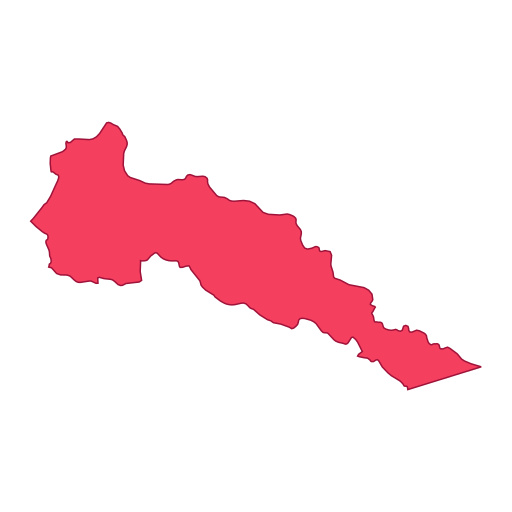 SVG path tracing the border of Putumayo
{"feature_id": "COL-1407", "entity_name": "Putumayo", "entity_type": "Intendancy", "adm_level": 1, "iso_a3": "COL", "parent_name": "Colombia", "parent_adm1": "", "projection": "orthographic", "projection_center": [-75.67, 0.437], "detail": "fine", "context": "isolated", "style": "filled", "palette": "rose", "viewbox_px": 512, "rotation_deg": 0, "n_neighbors": 0, "source": "natural_earth", "source_scale": "10m", "svg_char_len": 4563}
<svg xmlns="http://www.w3.org/2000/svg" viewBox="0 0 512 512"><path d="M172.4,260.9L169.1,260.7L166.2,260.0L163.5,258.9L161.0,257.2L157.3,253.3L156.0,252.7L154.5,253.1L152.1,255.0L151.4,255.4L150.6,256.1L147.3,260.0L146.1,260.5L144.6,260.8L141.7,260.9L140.5,260.7L140.6,261.6L140.2,271.5L141.6,280.4L139.2,282.0L126.0,283.5L122.5,285.3L120.6,285.5L118.1,284.6L114.5,281.3L112.4,279.8L110.5,279.3L104.0,278.6L99.3,277.3L97.7,277.9L98.0,283.2L96.0,283.3L91.2,281.1L89.5,281.0L80.3,282.4L78.2,282.3L76.3,281.6L74.1,279.9L71.1,277.0L69.8,276.0L67.6,275.2L65.9,275.0L60.6,274.9L56.6,273.5L51.5,267.8L48.7,267.1L49.0,266.2L49.3,264.2L49.8,263.8L50.6,263.2L51.0,262.2L51.2,261.4L50.9,258.7L49.7,256.0L49.4,251.9L48.9,249.9L46.2,243.7L45.9,242.2L46.0,240.9L46.5,240.1L47.0,239.8L47.5,239.4L47.9,238.5L48.0,236.3L47.6,235.0L46.8,234.1L44.6,233.2L42.2,231.6L36.0,226.5L30.7,221.2L33.5,218.2L41.7,207.9L44.1,204.6L46.7,202.8L50.6,196.3L56.9,182.4L57.5,181.3L58.7,177.7L58.7,176.6L58.3,175.3L57.7,174.9L56.0,174.3L53.3,172.1L52.4,171.8L51.9,171.9L51.3,171.8L51.0,171.0L50.2,163.6L50.4,157.9L50.8,156.0L52.8,155.3L62.4,151.7L63.8,150.7L65.7,149.0L66.2,147.7L66.3,146.2L65.9,143.4L66.2,141.9L66.6,141.4L67.1,141.4L67.4,141.8L67.9,142.7L70.3,142.5L74.4,139.0L78.8,139.0L89.3,139.6L92.9,138.9L96.5,136.8L99.6,133.5L106.6,122.9L108.7,122.4L110.9,123.1L113.1,124.5L117.6,126.4L119.9,129.2L122.3,133.2L122.6,134.6L124.9,136.8L126.6,140.6L127.1,142.4L127.2,144.1L126.6,146.5L124.4,151.0L123.7,153.4L123.2,165.1L124.5,170.7L127.7,175.7L130.3,177.5L139.8,180.6L145.1,183.1L149.2,183.9L168.1,184.5L170.2,183.9L171.5,183.1L172.7,182.0L174.2,180.9L176.3,179.9L177.9,179.5L182.2,179.8L184.6,179.3L185.7,178.0L186.5,176.3L187.8,175.0L188.0,175.0L189.8,174.6L191.7,175.1L195.3,176.5L197.7,176.6L202.8,176.2L205.1,176.7L207.1,178.3L207.6,179.9L207.5,181.7L207.9,183.9L209.5,187.0L216.7,195.6L219.0,196.9L224.4,197.4L227.1,198.7L229.5,200.4L231.8,201.1L234.3,201.2L243.5,200.5L249.5,201.2L254.9,203.7L263.0,212.4L268.3,214.3L279.7,215.0L287.2,214.0L289.8,214.6L293.1,216.0L294.5,217.0L295.7,218.3L296.1,219.7L295.9,222.3L296.1,223.6L297.2,225.7L300.3,229.4L301.3,231.6L301.3,233.9L300.4,238.3L300.8,240.7L302.7,245.2L304.7,248.1L307.6,249.1L312.1,248.1L315.4,246.6L316.8,246.6L318.7,247.5L319.1,248.2L319.4,250.4L320.0,251.2L321.2,251.5L322.5,251.3L325.0,250.6L330.1,251.6L331.6,255.3L330.8,264.2L331.1,266.2L333.0,272.2L333.6,276.8L334.6,278.2L340.3,280.1L348.9,284.7L364.0,287.6L368.7,290.2L372.0,294.2L372.8,299.7L372.0,301.3L370.7,302.9L370.3,304.4L372.1,305.6L374.8,306.5L375.3,307.2L374.6,308.2L372.8,311.7L372.0,312.5L371.8,313.5L373.3,316.3L373.6,317.4L373.9,319.7L374.5,321.6L375.4,322.0L376.5,321.9L378.6,322.3L379.6,322.2L380.6,322.3L381.7,322.8L382.4,323.9L383.3,326.8L384.0,328.0L385.9,329.1L388.5,329.9L391.2,330.3L393.4,330.0L395.7,329.4L397.0,329.9L398.2,330.7L400.4,331.2L402.3,330.2L403.6,326.2L405.8,325.4L408.0,326.4L408.6,328.4L408.8,330.5L409.8,332.0L412.0,332.1L416.6,330.2L419.4,330.8L424.2,333.2L425.5,334.3L426.4,335.6L426.6,336.6L426.7,337.6L428.0,341.6L428.6,342.8L429.6,343.9L431.1,344.8L432.1,344.6L433.1,344.0L434.5,343.8L435.7,343.9L436.6,343.7L437.4,343.8L438.6,344.4L439.2,345.3L439.8,348.0L440.6,348.8L443.1,348.9L445.3,347.9L447.6,347.2L450.1,348.5L457.3,353.9L461.6,359.1L464.5,361.0L470.9,363.7L481.1,366.8L481.3,366.8L407.8,389.6L407.6,388.2L407.3,386.8L406.7,386.2L404.9,386.2L404.1,385.9L403.0,384.0L401.2,382.0L399.6,380.7L391.5,375.8L388.1,373.0L382.4,367.1L378.7,360.8L377.4,359.7L376.0,360.0L374.8,360.7L374.0,361.3L373.3,361.6L371.5,361.6L370.7,361.1L370.3,360.4L369.6,359.7L368.7,359.0L368.1,358.5L367.3,358.1L363.9,357.7L361.3,357.1L359.9,356.9L357.6,356.1L358.6,354.3L362.3,351.5L357.7,342.3L355.8,339.6L353.0,337.1L351.5,337.5L348.1,342.8L346.6,344.0L345.3,344.1L343.1,343.3L338.5,342.3L335.7,341.1L333.9,339.7L328.4,333.8L327.6,333.1L326.3,332.8L324.0,332.7L322.9,332.3L321.3,330.8L316.1,323.6L313.5,321.6L310.7,320.2L304.7,318.5L302.0,318.3L300.0,318.7L298.7,320.1L298.2,322.6L297.6,324.4L295.9,326.3L293.8,328.0L291.8,328.7L289.3,327.2L280.8,324.1L273.4,322.7L270.8,320.8L267.5,319.7L259.8,314.9L253.5,309.3L251.1,308.5L249.7,307.6L248.0,305.7L245.9,303.8L243.3,303.0L240.8,303.3L235.0,304.6L231.9,304.9L229.0,304.6L226.4,304.0L224.2,303.1L220.4,301.0L215.1,297.0L213.9,295.2L205.8,290.2L202.5,287.1L201.0,285.0L200.4,282.4L199.8,280.7L190.8,269.4L190.2,267.8L188.9,265.8L185.9,266.2L182.6,267.3L180.1,267.4L179.4,266.3L178.7,262.8L177.9,261.4L176.8,260.9L175.3,260.8L172.4,260.9Z" fill="#f43f5e" stroke="#9f1239" stroke-width="1.5"/></svg>